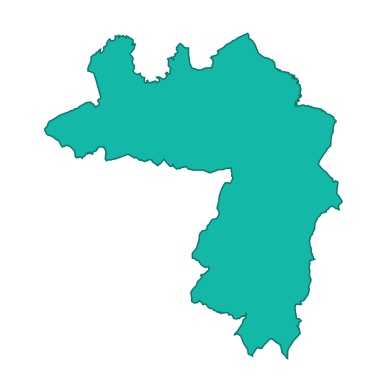 Zipaquira, Cundinamarca, Colombia, rotated 183°
{"feature_id": "7082276B49275138212053", "entity_name": "Zipaquira", "entity_type": "district", "adm_level": 2, "iso_a3": "COL", "parent_name": "Colombia", "parent_adm1": "Cundinamarca", "projection": "albers", "projection_center": [-74.018, 5.061], "detail": "fine", "context": "isolated", "style": "filled", "palette": "teal", "viewbox_px": 384, "rotation_deg": 183, "n_neighbors": 0, "source": "geoboundaries", "source_scale": "gbopen_adm2", "svg_char_len": 5931}
<svg xmlns="http://www.w3.org/2000/svg" viewBox="0 0 384 384"><g transform="rotate(183 192 192)"><path d="M305.0,221.2L303.3,219.9L302.9,221.2L301.2,222.2L299.0,225.5L298.3,225.7L298.0,224.7L296.3,226.3L295.7,225.0L294.6,225.5L294.0,224.7L293.2,224.7L293.0,226.9L289.6,228.3L288.3,231.3L285.2,232.6L282.8,231.6L282.1,231.9L280.8,229.7L279.9,227.2L280.4,220.6L279.1,218.7L277.2,219.8L275.0,219.7L271.2,221.1L270.8,220.8L257.7,226.4L251.0,222.9L249.7,223.9L245.7,220.8L244.6,221.7L243.7,220.9L240.3,219.9L238.4,221.5L238.1,221.0L236.1,222.2L233.3,221.6L233.4,220.4L227.7,216.6L224.8,219.0L221.9,223.2L215.4,216.6L213.6,216.6L212.6,218.7L211.9,218.1L211.9,216.9L208.6,214.1L206.4,215.0L205.4,214.6L202.5,216.7L201.6,216.1L199.8,217.2L196.4,214.6L194.0,214.5L192.8,213.9L182.2,214.5L175.1,212.0L166.3,215.8L162.6,215.9L159.4,217.3L154.1,217.9L153.8,214.6L153.1,213.9L153.1,210.0L151.7,208.3L154.2,202.4L156.8,203.2L158.9,203.0L159.9,202.2L162.7,195.9L164.5,189.5L164.8,183.5L166.2,177.2L164.0,174.1L163.8,170.8L166.1,166.6L169.6,165.9L170.9,165.1L173.1,160.8L174.8,159.2L175.3,155.8L176.2,154.5L179.7,153.7L181.3,151.9L182.3,149.6L182.5,143.9L184.6,136.0L188.5,130.7L188.1,126.0L186.1,125.7L183.7,124.1L181.7,123.5L179.2,120.0L176.2,117.9L173.9,117.5L171.7,118.3L171.0,117.7L171.2,115.4L172.0,114.1L175.9,110.3L178.0,110.1L178.9,109.4L177.8,106.8L181.6,103.0L182.9,98.4L185.6,95.7L187.9,91.8L186.6,85.6L186.7,82.9L184.0,81.3L181.2,81.7L178.6,83.7L176.2,81.7L175.4,80.2L174.7,80.0L173.9,80.8L171.8,80.5L170.1,78.1L168.2,76.8L165.3,76.5L163.9,74.9L163.1,75.1L160.3,73.4L157.9,73.4L157.8,72.6L156.7,72.1L155.8,73.1L154.3,72.7L151.9,73.5L149.6,73.1L148.7,71.1L147.2,71.7L145.0,70.8L144.0,68.2L142.5,67.7L140.2,67.6L139.0,68.5L138.2,68.1L136.0,70.3L132.6,70.9L131.4,74.4L131.8,69.1L134.0,67.1L134.8,63.2L139.7,54.8L141.6,53.0L142.0,51.7L139.0,52.7L135.7,50.7L132.5,43.7L128.0,37.4L127.4,33.3L123.0,31.4L123.2,32.7L119.6,39.0L117.7,40.2L115.7,39.3L114.2,39.5L112.3,42.7L106.2,49.6L103.4,49.0L100.0,46.2L95.8,44.2L95.9,43.2L94.9,41.8L93.6,36.3L89.9,33.1L88.7,31.0L87.9,30.7L88.1,38.6L87.1,41.3L82.8,48.9L76.6,56.4L78.0,61.6L80.2,63.5L78.5,64.1L78.7,65.6L77.9,67.9L76.6,68.4L76.3,69.3L78.3,71.0L80.1,70.9L81.2,71.5L83.2,81.8L82.4,85.5L77.1,85.3L76.9,86.1L78.1,87.9L74.4,89.8L70.8,95.7L69.9,100.1L69.8,101.8L70.7,102.9L68.5,110.3L70.4,115.0L70.2,119.7L71.2,122.6L70.6,125.9L70.9,129.5L66.2,131.2L67.2,131.7L67.8,134.0L68.9,134.9L68.4,136.1L69.8,137.8L70.1,142.2L71.5,144.9L72.1,149.6L71.1,154.1L69.5,156.2L69.5,157.6L67.6,161.6L67.6,167.1L64.8,173.5L63.0,174.9L62.2,176.9L60.2,178.2L57.0,179.1L56.7,181.1L54.7,182.2L53.8,184.2L50.6,185.2L48.2,183.5L44.1,182.0L44.8,184.0L44.8,186.9L42.3,189.0L41.6,190.6L45.4,196.0L47.1,197.2L47.5,201.5L46.7,209.4L49.1,210.6L51.0,209.4L52.7,213.0L54.6,213.9L59.9,219.7L61.1,219.8L67.3,226.1L66.3,229.8L62.7,236.2L59.8,240.3L59.1,242.3L56.0,245.4L56.0,252.5L55.3,257.2L54.3,259.2L54.3,264.5L53.2,268.6L51.9,269.4L52.1,270.9L54.4,272.1L54.4,274.0L54.9,274.5L58.9,276.7L60.7,276.7L64.5,279.8L65.5,280.2L66.7,279.9L66.9,281.1L67.6,281.6L75.7,282.6L77.3,283.5L79.0,283.4L80.2,284.3L83.4,283.6L84.0,284.4L86.5,284.7L87.5,283.9L88.7,284.0L92.1,283.0L93.7,284.1L93.2,284.9L92.1,284.7L91.7,285.1L92.0,285.8L93.5,286.6L92.7,288.1L91.6,287.6L91.2,288.8L90.2,288.3L89.7,288.8L90.8,290.2L92.0,290.0L89.5,291.9L90.1,294.3L89.3,294.5L88.3,292.9L87.8,293.9L89.3,296.2L88.8,298.4L89.5,299.2L88.6,300.2L89.1,300.6L89.6,304.1L93.3,306.6L92.7,307.3L92.2,306.4L91.5,307.2L91.8,308.7L93.0,309.1L92.4,309.2L92.5,310.2L94.0,311.0L95.1,310.7L95.2,309.9L96.4,310.5L96.6,311.0L95.4,312.1L95.8,312.6L97.4,311.4L97.0,313.0L96.2,313.7L97.7,313.8L98.3,313.1L98.5,314.3L101.2,315.0L101.7,316.3L103.3,316.6L103.8,316.0L106.0,317.1L107.0,316.3L111.1,318.7L111.9,318.6L111.8,317.9L113.0,318.7L113.0,319.3L115.3,320.1L116.6,325.8L118.8,328.0L120.2,328.0L122.2,329.3L127.2,330.3L132.7,333.7L137.2,343.2L139.8,346.4L143.3,348.4L143.6,351.9L144.7,353.3L154.1,348.4L156.7,346.1L159.3,345.1L160.9,343.5L165.3,341.0L168.1,337.9L173.9,334.3L173.0,331.2L175.3,329.6L179.1,328.5L180.4,327.0L179.3,326.5L177.9,324.1L177.7,321.9L178.6,318.9L178.6,317.1L185.2,316.5L189.9,314.1L192.3,314.2L198.6,315.9L201.1,320.7L202.7,329.5L203.0,335.6L206.7,335.6L210.9,339.5L212.0,339.5L215.1,335.3L214.9,333.5L213.5,331.2L214.6,329.7L216.3,328.9L215.8,327.1L217.8,326.0L217.0,323.2L217.8,323.0L219.7,325.6L221.4,324.3L223.3,323.9L222.3,322.1L222.2,316.7L219.7,314.6L220.4,311.3L220.2,308.8L222.1,308.3L222.7,309.9L223.6,310.2L224.6,308.8L223.4,307.1L223.3,306.0L224.7,304.0L226.4,302.9L230.7,305.1L233.3,304.9L233.3,304.5L231.2,303.6L230.2,301.6L230.3,300.9L232.8,299.3L233.5,299.3L233.8,300.5L234.7,301.1L235.6,300.1L237.4,300.0L239.5,298.7L240.6,298.6L242.3,301.1L243.1,300.4L243.0,298.6L244.0,298.2L245.6,300.1L245.3,303.7L248.1,304.1L249.6,306.1L250.0,307.8L252.1,306.7L253.7,306.7L255.8,308.0L257.4,310.0L256.3,312.2L256.0,314.8L258.4,317.6L257.8,322.8L260.7,325.8L260.9,327.0L257.4,332.0L256.4,336.7L260.4,335.6L258.4,337.5L259.0,341.0L265.7,344.5L265.8,342.4L269.3,344.6L270.3,343.6L273.3,344.5L272.7,342.9L273.0,342.4L274.9,343.7L276.8,343.8L276.6,340.4L277.3,339.5L280.6,338.6L282.0,340.4L283.3,339.5L284.7,336.9L285.3,333.5L287.7,332.0L287.5,328.6L289.7,326.1L290.5,325.7L291.2,326.3L290.8,329.7L292.2,328.8L293.9,326.5L294.9,326.4L295.5,324.3L297.4,323.9L299.3,322.2L300.0,321.0L299.6,318.9L300.4,315.4L302.2,311.1L302.3,307.5L296.3,305.9L293.3,297.7L287.9,281.5L288.4,280.2L290.2,279.6L290.8,278.8L290.7,277.6L289.5,276.9L289.4,274.0L292.6,271.7L295.9,275.2L297.1,275.0L297.7,276.5L302.2,275.7L308.7,271.5L310.7,269.4L313.6,268.8L314.4,267.6L317.6,266.7L318.4,265.9L328.5,261.5L334.0,257.3L338.1,255.1L339.2,253.4L339.7,250.7L342.2,247.5L342.4,246.4L339.7,241.7L334.2,240.1L329.9,237.1L328.0,236.5L324.2,230.4L323.4,230.3L319.6,232.1L316.2,231.1L311.5,227.2L310.1,220.7L309.1,220.2L305.0,221.2Z" fill="#14b8a6" stroke="#0f766e" stroke-width="1.5"/></g></svg>